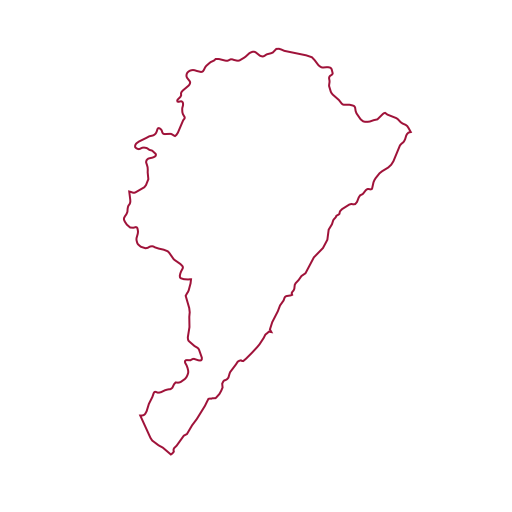 the Department of Arequipa, rotated 278°
{"feature_id": "PER-570", "entity_name": "Arequipa", "entity_type": "Department", "adm_level": 1, "iso_a3": "PER", "parent_name": "Peru", "parent_adm1": "", "projection": "mercator", "projection_center": [-72.544, -15.989], "detail": "fine", "context": "isolated", "style": "outline", "palette": "rose", "viewbox_px": 512, "rotation_deg": 278, "n_neighbors": 0, "source": "natural_earth", "source_scale": "10m", "svg_char_len": 6020}
<svg xmlns="http://www.w3.org/2000/svg" viewBox="0 0 512 512"><g transform="rotate(278 256 256)"><path d="M400.3,392.0L399.4,389.8L397.8,388.6L396.2,388.0L392.4,387.4L390.1,386.6L389.1,386.0L387.4,384.4L385.8,383.3L385.3,383.1L369.0,378.9L365.2,377.2L362.0,374.6L357.5,369.1L355.1,366.8L349.7,363.6L347.6,362.7L345.4,362.1L339.2,361.6L338.4,361.3L337.9,360.2L338.0,358.1L337.8,357.0L336.5,355.6L332.5,353.3L331.7,352.4L330.6,350.7L328.3,349.6L323.6,348.5L321.2,347.0L320.7,345.2L320.8,343.2L319.9,341.2L314.4,334.7L312.2,333.1L311.1,332.8L310.2,332.8L309.3,332.7L308.5,332.0L307.4,330.5L306.8,329.9L305.8,329.7L305.2,329.4L303.0,327.9L302.1,327.5L298.0,326.8L292.2,324.3L282.0,324.4L273.2,321.2L262.7,313.5L245.8,307.4L242.5,303.8L238.2,301.6L234.5,299.0L232.8,298.4L228.9,298.5L227.1,298.0L225.6,297.0L224.2,296.5L222.6,297.2L221.8,295.8L220.5,291.6L219.7,290.6L218.7,290.1L215.8,289.5L210.4,286.7L204.3,285.3L192.8,281.3L185.2,280.0L182.8,281.8L182.9,279.3L181.1,277.8L180.1,276.8L179.4,276.2L175.9,275.0L168.9,271.7L166.0,269.9L159.8,265.6L153.0,260.5L150.2,258.0L150.1,256.8L150.6,255.6L149.9,254.0L148.8,252.6L145.8,251.2L137.5,246.6L135.9,246.2L131.7,245.6L130.1,244.6L128.8,243.0L128.5,242.0L127.3,241.1L124.9,240.3L121.1,241.2L117.7,240.3L114.3,239.0L110.0,236.1L109.5,235.5L109.2,233.5L109.0,232.5L108.5,231.6L108.4,230.2L107.9,228.8L105.4,227.9L100.5,226.3L86.4,220.1L79.5,216.3L70.1,212.4L68.0,209.5L57.1,203.8L54.4,201.7L53.1,201.3L51.6,201.5L51.0,201.8L50.3,201.6L48.7,200.5L47.6,199.3L53.2,190.5L53.8,189.0L54.5,187.0L55.2,185.4L58.8,178.9L61.2,176.8L81.9,163.6L82.1,164.9L82.3,165.8L82.7,166.7L83.4,167.6L84.4,168.3L87.1,169.3L94.6,170.5L102.0,173.0L105.6,173.7L106.6,174.0L107.3,174.6L107.5,175.5L107.3,176.5L107.0,177.5L107.2,179.0L108.0,181.0L110.4,184.6L111.3,186.6L111.9,188.3L112.1,189.5L112.8,190.5L113.9,191.5L117.6,192.7L119.6,194.0L119.7,196.2L119.9,197.1L120.3,198.1L120.8,199.0L124.2,202.6L125.0,203.2L125.9,203.7L126.9,204.2L129.0,204.8L130.9,205.1L132.0,205.0L133.3,204.7L135.6,203.8L138.0,202.5L140.4,200.7L141.3,200.4L142.2,200.4L143.1,201.2L143.3,202.3L143.6,205.1L143.6,205.5L144.3,206.4L144.8,207.1L145.3,207.9L145.5,208.9L144.7,213.4L144.7,214.4L144.8,215.4L145.2,216.3L146.3,216.7L147.8,216.5L155.3,212.6L156.4,211.7L157.0,210.7L158.3,207.6L162.2,201.6L162.9,200.8L164.2,200.2L166.0,199.8L176.3,200.0L186.5,198.4L191.0,198.2L195.2,197.1L206.8,191.9L209.7,193.0L210.6,193.5L212.5,194.1L219.8,195.0L223.9,194.9L223.8,194.0L223.3,192.0L223.0,187.7L223.5,184.7L224.1,183.8L225.0,183.5L226.0,183.3L228.2,183.5L230.4,184.0L233.4,185.1L234.2,185.2L234.9,185.1L235.7,184.6L236.3,183.9L237.5,182.3L240.7,176.0L241.4,174.9L247.2,169.5L248.4,167.9L249.4,163.7L249.8,158.7L250.5,154.7L251.1,153.2L251.2,152.1L251.0,150.8L250.4,149.4L249.0,147.6L248.3,145.5L249.1,140.8L249.7,139.7L250.7,138.2L251.2,137.5L251.9,136.9L252.8,136.4L254.7,135.6L255.8,135.3L257.1,135.2L261.5,135.8L262.8,135.8L264.0,135.7L266.2,135.0L267.1,134.6L267.7,134.0L267.9,133.0L266.9,130.6L266.7,127.4L269.1,123.7L271.8,121.3L273.6,120.2L275.1,120.0L277.1,120.7L278.1,121.2L279.0,121.7L280.2,122.1L281.9,122.5L285.0,122.3L286.8,122.4L288.2,122.7L289.2,123.3L290.3,123.8L292.1,124.0L294.0,123.7L302.2,121.5L302.0,123.3L301.6,125.2L301.6,126.1L301.8,127.0L302.4,128.0L308.5,135.8L310.9,137.2L317.1,138.7L323.7,137.1L326.4,136.8L328.8,136.3L330.9,135.4L333.3,134.2L334.3,134.1L335.6,134.3L336.5,134.9L337.3,135.6L337.8,136.5L338.9,139.5L339.4,140.5L339.9,141.3L340.5,142.1L341.3,142.7L342.3,142.8L343.2,142.4L345.8,138.6L346.0,137.8L346.1,136.8L346.3,135.6L347.4,133.5L347.7,132.6L347.8,130.4L347.7,129.5L347.4,128.4L346.9,127.5L345.8,125.9L345.5,124.9L345.6,123.9L345.9,122.9L346.4,121.9L347.0,121.2L347.9,121.0L348.9,121.0L349.7,121.3L350.3,121.5L351.0,122.0L353.1,124.2L357.7,131.0L359.7,133.7L360.9,136.9L361.4,137.8L362.1,138.6L363.0,139.4L364.2,140.0L366.2,140.5L367.7,140.7L368.7,141.1L369.1,141.8L369.0,142.7L368.6,143.6L368.0,144.4L367.3,145.1L365.4,146.0L364.6,146.6L364.1,147.4L364.0,148.5L365.0,153.8L365.1,154.7L364.9,155.5L364.6,156.3L363.8,158.1L363.5,159.1L364.8,160.3L367.3,161.5L379.6,164.8L380.7,165.2L381.8,165.9L382.8,166.2L383.6,166.0L386.3,163.9L387.8,163.2L388.9,162.9L391.1,162.5L392.3,162.4L394.6,162.7L395.8,162.7L396.9,162.5L397.9,162.1L398.5,161.4L398.8,160.5L398.6,159.6L398.2,158.7L397.9,157.8L398.0,156.8L398.8,156.4L399.9,156.6L403.1,159.0L404.6,159.5L406.8,159.1L408.2,159.5L409.7,160.5L415.4,165.6L416.4,166.2L417.7,166.6L418.9,166.6L419.8,166.1L422.6,163.2L423.4,162.6L424.2,162.2L425.2,162.0L426.1,162.0L427.2,162.2L428.1,162.6L428.9,163.2L429.7,164.0L430.5,165.1L431.2,166.9L431.4,168.1L431.4,169.4L431.0,171.6L430.6,175.9L430.9,176.9L431.6,177.8L433.1,178.5L435.8,179.4L437.4,180.3L440.1,182.6L441.7,184.1L443.7,187.2L445.5,188.7L445.9,192.0L445.2,198.6L445.3,200.3L445.9,201.6L446.6,202.5L447.3,203.7L447.4,204.7L447.4,205.4L447.1,206.7L446.8,210.1L447.0,211.5L447.4,212.5L450.6,216.5L451.9,217.9L455.9,221.2L456.7,222.3L457.7,224.0L458.0,225.4L457.9,226.6L457.5,227.6L454.9,232.0L454.7,232.9L454.6,233.6L454.5,234.9L454.9,235.8L455.5,236.7L456.4,237.6L457.3,238.8L458.8,242.5L459.8,244.3L463.9,247.3L464.4,249.9L464.0,252.3L463.1,255.5L461.7,277.8L460.6,283.7L458.1,286.8L453.8,291.1L453.1,292.1L452.4,293.4L452.0,294.5L451.9,295.4L452.0,296.3L452.8,299.7L453.0,301.0L452.9,303.0L452.4,304.1L451.5,304.9L448.1,306.3L447.5,306.5L446.7,306.3L446.0,305.8L444.7,304.3L443.9,303.8L442.9,303.6L441.9,303.7L439.8,304.4L438.6,304.6L435.3,304.6L434.3,304.8L429.3,307.1L428.2,307.8L426.6,309.4L422.0,316.4L418.9,319.6L418.2,320.7L418.0,321.9L418.7,326.6L418.8,327.8L418.5,330.8L418.2,332.1L417.6,332.9L416.7,333.5L413.4,334.5L411.2,335.7L406.2,340.3L405.4,341.4L404.3,343.3L404.1,344.5L404.1,345.5L404.4,347.8L405.0,350.0L406.9,353.7L408.2,357.2L414.2,361.8L415.1,362.7L415.7,363.9L415.3,364.7L414.8,365.5L414.3,366.5L412.1,375.6L411.7,376.5L411.3,377.3L408.6,380.7L407.6,382.7L406.7,385.9L405.7,387.7L404.0,389.2L400.3,392.0L400.3,392.0Z" fill="none" stroke="#9f1239" stroke-width="2"/></g></svg>